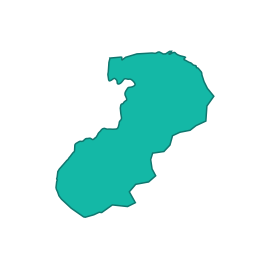 outline of Anosy, rotated 245°
{"feature_id": "MDG-5865", "entity_name": "Anosy", "entity_type": "Autonomous Province", "adm_level": 1, "iso_a3": "MDG", "parent_name": "Madagascar", "parent_adm1": "", "projection": "mercator", "projection_center": [46.606, -23.936], "detail": "fine", "context": "isolated", "style": "filled", "palette": "teal", "viewbox_px": 256, "rotation_deg": 245, "n_neighbors": 0, "source": "natural_earth", "source_scale": "10m", "svg_char_len": 2888}
<svg xmlns="http://www.w3.org/2000/svg" viewBox="0 0 256 256"><g transform="rotate(245 128 128)"><path d="M199.0,141.2L195.2,151.7L194.7,152.2L193.9,151.9L192.5,151.3L192.2,151.7L193.1,155.7L191.4,167.4L185.8,181.5L184.2,184.1L184.0,185.2L184.1,187.4L183.6,188.6L180.2,191.2L179.3,193.4L179.9,198.1L179.1,199.9L178.4,199.1L178.0,198.2L177.8,197.1L177.8,195.9L177.2,197.0L177.1,198.0L177.3,199.1L177.3,200.4L177.0,201.8L176.5,202.4L174.6,203.2L173.5,203.9L171.6,205.6L168.4,209.5L167.8,209.9L167.6,209.6L166.9,207.9L166.1,207.8L165.9,207.9L165.9,208.1L162.0,210.9L160.6,212.3L159.9,212.8L157.9,213.6L157.2,214.0L156.3,215.3L155.6,215.9L155.1,215.9L154.4,215.6L153.7,215.6L153.1,216.4L152.4,216.9L147.9,218.1L146.9,218.1L144.7,217.4L137.9,216.5L130.3,216.7L120.5,219.2L114.6,208.8L101.4,201.5L101.4,190.6L99.7,183.3L102.2,173.3L102.2,165.1L94.8,158.8L91.5,150.6L94.8,139.7L89.8,135.2L80.7,132.5L73.0,132.9L70.4,123.9L73.7,111.2L69.6,102.2L57.2,103.1L57.0,94.4L64.9,81.3L62.5,68.5L62.9,67.7L63.8,66.3L63.8,60.3L65.2,51.6L66.2,50.2L79.1,42.7L91.7,37.6L94.9,36.9L95.9,36.8L100.1,37.2L102.9,37.2L104.5,37.6L109.4,40.6L110.9,42.0L112.0,41.8L113.4,43.0L118.2,46.0L118.5,46.5L119.8,48.4L123.5,56.8L123.8,57.5L124.4,58.7L124.5,59.1L124.7,59.9L124.8,60.3L126.1,62.3L126.3,62.8L126.4,63.1L127.0,64.3L127.7,65.5L128.8,67.7L129.0,68.1L129.2,69.1L129.5,69.5L129.9,69.9L134.6,72.4L135.2,72.8L135.7,73.5L136.0,74.5L136.3,77.9L136.3,78.5L136.1,79.2L135.4,80.4L135.2,81.2L135.2,81.9L135.4,82.6L135.7,83.3L136.1,84.8L136.1,85.5L135.9,86.2L135.6,86.8L135.4,87.5L135.0,88.8L134.7,89.4L134.1,89.9L132.9,90.6L132.5,91.1L132.3,91.7L132.4,92.4L132.8,93.3L133.0,94.9L133.4,95.6L134.6,97.5L135.5,98.5L136.0,99.4L137.0,102.0L137.7,103.2L137.9,104.1L138.0,104.9L137.9,105.4L137.8,106.1L137.7,106.4L137.3,106.9L136.9,107.3L135.9,108.4L135.6,109.0L134.7,111.1L133.3,113.7L132.2,116.5L132.0,117.2L132.0,117.8L132.3,118.6L132.9,119.5L135.3,121.5L136.8,122.5L137.3,122.9L137.7,123.5L138.3,124.9L138.7,125.5L139.2,126.0L139.8,126.3L140.5,126.6L144.2,127.6L149.2,129.4L151.6,131.0L152.0,131.4L152.3,131.9L152.4,132.2L152.2,133.5L152.4,134.1L153.1,135.3L153.4,136.0L153.8,138.4L154.4,138.9L155.5,139.2L159.2,139.3L160.5,139.8L161.1,140.2L161.7,140.8L162.2,141.3L164.1,144.3L164.4,144.9L164.5,145.7L164.3,146.4L163.8,147.9L163.5,149.4L163.5,150.7L163.6,151.4L163.8,152.1L164.3,152.7L165.1,153.0L166.3,153.0L167.2,152.8L169.1,152.2L170.2,151.6L170.7,151.3L171.2,150.8L171.6,150.2L172.1,148.8L172.5,148.2L173.4,147.1L173.8,146.4L174.0,145.7L173.9,145.0L173.6,144.3L172.6,142.4L172.0,141.0L171.8,140.2L171.7,139.4L171.7,138.6L171.9,137.9L172.3,137.4L173.0,137.2L175.0,137.8L175.9,138.0L177.7,137.4L178.3,137.0L178.7,136.6L178.8,136.0L178.8,135.4L178.4,133.2L178.4,131.4L178.8,130.9L179.8,130.8L184.5,132.2L185.4,132.6L187.1,133.8L195.6,138.5L198.9,141.2L199.0,141.2Z" fill="#14b8a6" stroke="#0f766e" stroke-width="1.5"/></g></svg>